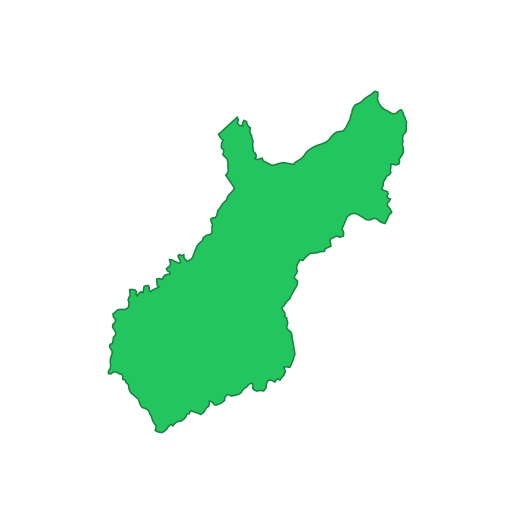 the district of Caçador, Santa Catarina, Brazil, rotated 117°
{"feature_id": "56859067B84953016884325", "entity_name": "Caçador", "entity_type": "district", "adm_level": 2, "iso_a3": "BRA", "parent_name": "Brazil", "parent_adm1": "Santa Catarina", "projection": "orthographic", "projection_center": [-51.104, -26.764], "detail": "fine", "context": "isolated", "style": "filled", "palette": "green", "viewbox_px": 512, "rotation_deg": 117, "n_neighbors": 0, "source": "geoboundaries", "source_scale": "gbopen_adm2", "svg_char_len": 5760}
<svg xmlns="http://www.w3.org/2000/svg" viewBox="0 0 512 512"><g transform="rotate(117 256 256)"><path d="M54.7,221.8L55.2,224.8L57.1,225.7L59.0,226.4L60.9,227.4L63.2,228.9L66.2,230.4L68.7,231.4L71.3,232.3L73.2,233.7L76.7,236.4L79.8,236.6L82.4,236.5L84.7,235.6L88.3,235.3L91.3,234.3L94.4,234.3L96.8,234.3L98.9,234.2L101.2,234.3L103.3,234.7L105.4,235.5L107.0,237.9L109.2,240.6L112.0,242.0L115.6,243.1L119.5,243.8L121.9,244.8L124.1,246.4L126.5,248.5L129.1,251.2L130.7,252.6L132.7,254.1L134.7,255.4L136.7,256.5L139.2,257.8L141.9,258.4L144.3,258.7L147.4,259.4L150.0,260.6L152.4,262.2L154.9,263.6L157.2,263.8L160.3,274.0L163.2,277.6L165.2,279.7L166.7,281.1L168.0,283.0L167.9,293.0L165.9,294.8L167.9,297.0L169.5,298.6L169.9,301.2L167.9,300.8L166.1,301.6L164.7,303.2L164.1,305.7L158.5,309.4L154.7,311.0L152.6,313.4L150.6,314.6L149.4,316.9L146.7,318.5L144.3,319.2L143.6,322.4L142.2,324.1L140.5,325.5L140.7,328.4L143.8,328.4L146.0,326.9L147.2,330.2L146.1,333.1L143.0,333.2L140.8,335.7L164.7,344.7L166.2,342.2L167.3,339.9L167.7,337.8L170.3,338.0L173.0,337.2L175.4,335.9L176.2,332.9L178.6,331.9L180.7,331.7L181.6,329.3L182.6,325.8L185.5,323.4L187.8,322.3L190.0,321.1L192.4,319.5L195.3,319.0L197.7,319.8L205.0,306.4L207.0,305.9L209.7,306.6L212.5,307.5L214.8,308.1L216.9,308.2L219.2,307.7L222.6,308.8L224.8,309.4L227.4,309.7L230.4,310.1L233.3,310.7L235.5,309.9L238.2,309.4L240.6,309.7L241.8,312.1L243.6,313.1L245.8,311.6L247.4,309.2L250.0,308.5L251.6,307.7L253.6,306.6L255.4,305.8L257.8,306.7L260.1,309.6L263.5,311.3L266.8,310.8L269.7,312.1L272.2,312.8L274.1,313.1L276.1,313.0L278.0,312.7L280.1,312.6L283.1,312.3L285.6,311.9L287.9,312.2L290.3,313.6L292.0,314.9L291.1,317.4L290.3,319.3L287.6,320.9L289.4,322.6L289.5,325.1L291.5,325.5L293.0,323.7L294.0,321.9L295.6,320.6L297.6,321.5L297.5,324.3L297.6,326.9L297.7,329.5L298.5,331.5L300.2,330.1L301.9,328.5L304.1,328.2L306.1,329.3L308.0,330.1L309.4,328.5L309.6,325.5L311.3,324.5L312.4,326.3L313.9,328.2L316.2,329.0L319.4,329.0L320.0,332.0L321.6,334.0L324.6,332.3L326.9,330.7L327.7,328.5L330.6,330.6L333.3,332.8L335.8,333.8L334.7,335.8L332.6,336.7L331.1,338.5L332.5,340.7L334.0,341.9L336.5,341.2L339.7,339.9L340.0,342.3L342.9,343.6L345.6,343.7L344.5,345.6L342.1,346.1L341.2,348.4L341.8,350.8L343.3,353.4L345.7,351.9L348.6,350.1L350.8,350.5L353.1,350.1L354.9,348.3L356.7,347.3L359.8,346.4L361.6,347.1L363.6,349.3L365.2,352.9L367.3,355.2L369.6,355.8L372.6,357.2L375.2,355.2L376.7,351.9L379.4,351.6L381.9,352.5L384.6,351.5L385.9,349.2L387.6,346.6L390.2,345.2L393.0,346.2L396.7,344.9L399.2,344.3L400.9,345.9L403.1,345.5L404.7,343.3L406.6,340.3L409.9,339.7L412.7,339.3L415.0,338.6L417.4,337.3L419.5,335.8L422.3,334.9L425.6,335.2L427.9,334.0L426.9,331.8L424.6,330.7L423.1,328.9L422.7,326.8L423.1,324.3L422.4,321.5L423.8,320.2L426.3,318.8L426.1,316.1L427.6,314.6L428.5,311.4L431.0,309.7L432.9,308.0L434.8,305.2L435.2,302.5L436.2,299.4L436.9,296.1L439.5,293.2L441.6,290.8L442.6,288.3L442.0,284.5L442.7,281.2L444.8,279.1L446.8,276.0L448.7,274.3L450.7,271.9L453.1,267.5L457.2,266.6L457.3,263.9L456.8,261.6L455.9,259.5L454.0,258.2L451.1,257.0L448.9,256.8L446.8,256.3L444.4,255.0L445.1,252.9L442.9,252.6L440.5,251.5L438.6,250.1L437.3,248.0L433.8,246.0L431.1,245.5L428.2,245.8L426.8,243.8L423.7,244.2L423.1,240.8L422.5,237.2L422.3,233.2L418.9,231.6L416.1,231.4L413.5,231.1L411.4,229.9L409.1,230.4L406.5,231.8L405.9,229.0L407.0,226.9L407.5,224.9L406.3,223.1L402.9,220.3L399.1,218.4L395.9,219.5L392.9,218.8L391.7,216.9L392.1,214.5L389.2,210.9L386.9,208.5L384.5,207.1L382.5,207.2L379.7,206.5L377.0,204.8L374.7,204.4L372.6,203.5L371.1,201.6L372.9,199.9L375.3,198.9L376.3,196.9L376.0,193.9L374.3,191.8L373.4,189.9L372.8,187.8L368.6,187.2L365.3,188.6L362.6,189.0L360.3,187.7L359.6,184.5L359.7,181.8L357.2,181.7L355.4,180.9L355.8,178.3L353.0,178.0L349.7,177.1L346.1,177.2L344.5,178.3L342.5,180.6L340.9,178.6L339.9,175.3L336.4,175.3L334.2,175.6L331.4,175.8L328.9,176.5L326.5,176.5L324.5,177.6L322.9,178.8L320.6,180.6L318.4,182.1L316.5,183.6L314.6,184.9L312.4,186.7L309.7,188.5L307.7,190.6L307.3,193.1L306.7,195.4L304.9,196.6L302.8,196.8L300.4,197.8L298.8,199.6L297.1,200.6L296.8,203.1L295.0,203.5L293.3,204.9L292.1,207.7L290.1,209.6L288.1,208.5L284.7,208.2L281.5,207.6L279.0,206.5L276.4,206.8L273.9,206.6L272.0,206.6L269.3,206.5L266.4,206.3L264.4,206.1L261.6,206.6L259.4,207.6L258.8,209.9L258.0,212.1L255.9,212.4L253.0,212.1L251.0,212.0L249.6,213.4L247.6,214.8L245.8,215.2L243.8,215.2L241.7,215.1L239.3,215.1L238.7,212.1L235.5,211.6L231.8,210.1L228.9,208.8L227.8,206.9L226.5,204.7L225.3,202.8L223.7,201.5L222.4,199.6L220.8,197.2L218.3,197.5L216.2,196.2L213.5,193.7L211.5,194.6L209.7,196.5L207.5,197.4L205.4,196.1L203.1,194.4L201.4,193.0L201.4,190.0L198.5,187.2L196.0,188.1L194.2,189.6L193.0,191.5L191.1,191.8L188.2,191.9L184.9,192.2L182.0,192.4L179.8,192.7L177.5,191.5L175.3,190.4L174.0,188.5L172.7,185.9L172.9,182.2L173.1,178.2L173.6,174.5L172.7,171.8L171.0,169.7L168.7,168.0L168.2,165.0L169.0,161.8L169.1,158.9L168.5,155.7L165.7,155.8L162.4,155.8L158.8,156.0L155.5,154.8L154.2,156.5L152.8,158.5L151.9,161.0L149.5,163.0L147.3,162.3L144.2,162.0L144.5,165.2L142.9,166.4L140.6,166.5L139.0,168.1L139.3,170.2L139.5,172.4L139.2,174.5L137.1,174.5L134.8,174.9L132.1,176.1L128.4,175.7L125.6,175.8L122.9,174.1L120.6,173.7L118.4,175.3L115.4,176.2L113.1,177.5L112.1,175.6L111.4,172.6L109.2,170.5L106.8,170.8L104.8,172.4L102.8,172.0L100.1,171.8L97.7,171.6L95.5,172.3L92.7,174.0L90.3,176.2L86.6,177.3L85.1,178.6L83.0,179.4L80.4,179.7L77.9,178.8L75.7,179.3L73.4,180.5L71.0,181.6L68.3,182.6L66.7,184.7L65.2,185.9L63.7,188.1L61.4,190.2L59.7,192.9L61.5,194.6L63.4,195.2L65.3,196.0L66.9,198.0L67.4,200.4L67.0,203.3L67.0,205.7L67.1,207.8L66.5,211.0L65.7,213.0L64.2,215.8L61.4,218.8L56.4,220.8L54.7,221.8Z" fill="#22c55e" stroke="#15803d" stroke-width="1.5"/></g></svg>